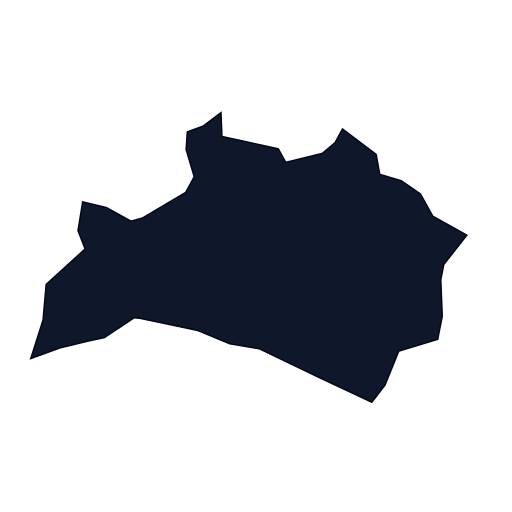 Gazaoua, Maradi, Niger, rotated 10°
{"feature_id": "23599985B75774451533542", "entity_name": "Gazaoua", "entity_type": "district", "adm_level": 2, "iso_a3": "NER", "parent_name": "Niger", "parent_adm1": "Maradi", "projection": "mercator", "projection_center": [7.924, 13.438], "detail": "fine", "context": "isolated", "style": "filled", "palette": "ink", "viewbox_px": 512, "rotation_deg": 10, "n_neighbors": 0, "source": "geoboundaries", "source_scale": "gbopen_adm2", "svg_char_len": 702}
<svg xmlns="http://www.w3.org/2000/svg" viewBox="0 0 512 512"><g transform="rotate(10 256 256)"><path d="M52.0,396.1L79.0,380.5L106.0,368.7L120.8,362.7L146.7,338.0L152.4,337.5L211.7,339.5L245.4,347.0L275.5,346.8L338.8,364.6L395.4,379.9L398.7,373.7L405.5,360.6L413.1,324.9L449.4,306.5L449.9,283.0L442.1,247.2L442.4,231.8L460.0,198.9L423.2,186.1L407.1,166.3L386.1,156.7L363.7,154.1L356.7,135.1L319.1,115.9L314.2,130.6L303.5,143.4L269.0,158.6L259.4,146.6L201.7,144.2L196.6,120.9L181.4,137.2L166.8,145.7L168.7,163.3L181.4,188.7L175.7,205.6L137.7,238.2L126.9,243.4L100.3,234.3L75.9,232.8L76.3,262.0L86.5,278.7L54.3,320.4L57.4,356.1L52.0,396.1Z" fill="#0f172a" stroke="#020617" stroke-width="1.5"/></g></svg>